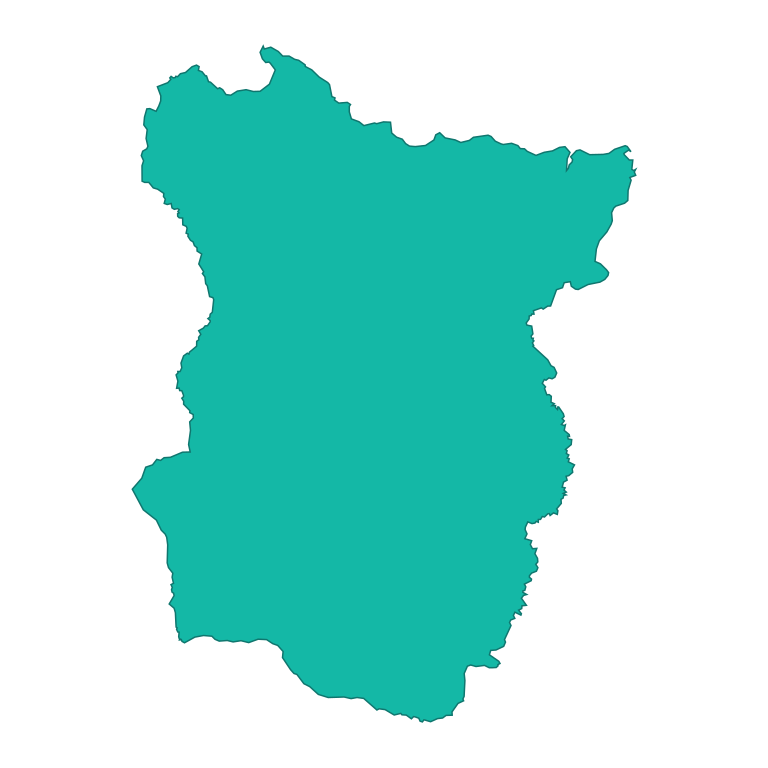 Manggarai Timur, Nusa Tenggara Timur, Indonesia
{"feature_id": "22746128B57997288446056", "entity_name": "Manggarai Timur", "entity_type": "district", "adm_level": 2, "iso_a3": "IDN", "parent_name": "Indonesia", "parent_adm1": "Nusa Tenggara Timur", "projection": "orthographic", "projection_center": [120.695, -8.574], "detail": "fine", "context": "isolated", "style": "filled", "palette": "teal", "viewbox_px": 768, "rotation_deg": 0, "n_neighbors": 0, "source": "geoboundaries", "source_scale": "gbopen_adm2", "svg_char_len": 6079}
<svg xmlns="http://www.w3.org/2000/svg" viewBox="0 0 768 768"><path d="M184.5,642.8L194.9,637.1L203.5,635.5L211.9,636.2L215.0,639.3L219.2,641.1L227.3,640.5L233.1,641.9L241.0,640.7L248.7,642.6L258.1,639.2L266.6,639.6L272.8,643.7L277.7,645.4L283.1,651.5L282.5,657.6L290.6,669.7L294.0,673.5L296.9,674.4L303.9,683.7L309.7,686.6L318.3,694.4L328.2,697.5L344.1,697.0L351.1,698.6L357.0,697.5L363.7,698.4L376.9,710.0L379.1,708.8L385.1,709.6L394.2,715.0L400.8,713.4L401.9,714.8L406.3,715.1L411.4,718.8L413.6,716.6L415.2,716.9L418.8,718.2L420.1,721.2L422.4,721.9L424.0,719.8L430.6,721.7L437.5,718.6L442.6,718.0L446.1,715.4L452.2,715.2L452.0,711.9L458.0,703.4L463.6,700.8L462.9,699.0L464.1,696.4L464.9,680.6L464.2,673.5L467.4,666.2L470.7,665.0L476.0,666.5L484.5,665.4L489.2,667.7L492.6,667.7L496.2,667.5L498.0,665.8L497.9,664.6L500.0,663.5L498.8,661.3L489.4,654.8L490.7,650.4L496.0,650.0L503.7,646.3L505.5,642.1L504.5,639.6L511.0,625.5L509.5,622.5L510.7,620.0L514.8,618.4L513.4,615.5L514.9,612.2L520.9,615.1L521.4,613.7L518.6,610.1L521.7,608.6L522.0,605.8L526.4,605.3L521.4,598.2L523.6,595.4L526.7,594.5L522.8,592.3L523.0,590.8L524.8,590.4L525.8,586.8L524.4,584.1L531.2,580.7L531.5,579.1L529.4,577.3L529.4,575.8L531.6,573.1L536.4,571.2L537.9,567.7L535.8,564.3L537.8,561.9L537.5,558.3L534.9,553.7L536.8,548.4L532.5,548.7L530.3,544.6L531.7,540.7L524.8,538.7L527.0,533.9L525.1,529.6L525.4,527.1L527.8,521.9L532.0,523.6L535.0,523.0L536.2,521.4L538.3,522.2L538.3,519.5L540.5,519.4L542.3,516.5L544.5,517.0L547.8,513.8L549.3,513.6L550.1,515.5L553.5,512.9L557.3,514.4L557.9,510.7L556.6,508.9L561.3,503.4L561.0,499.3L563.1,498.1L563.7,495.4L566.0,494.9L563.2,493.4L566.3,492.1L564.0,490.1L565.1,487.8L562.2,487.2L563.5,482.1L567.1,480.2L566.1,476.3L568.8,475.6L572.7,472.3L572.2,468.9L574.5,464.9L568.3,461.8L569.2,458.8L567.2,458.1L568.8,455.0L566.3,453.5L567.1,450.7L565.5,449.4L571.2,444.6L571.7,439.6L568.2,439.0L567.6,436.2L569.5,436.4L569.2,434.6L564.2,430.4L565.4,424.8L564.1,425.5L561.4,424.5L564.3,420.9L562.1,418.7L564.1,416.5L563.3,413.7L558.7,407.0L557.9,406.9L557.5,409.5L555.4,407.4L555.6,405.6L552.0,405.7L554.3,403.7L551.0,402.2L551.3,396.3L549.2,394.6L546.8,394.8L544.5,388.3L545.5,386.9L542.3,383.3L544.3,379.5L546.0,380.2L548.9,377.9L552.1,378.8L554.9,377.2L556.7,373.0L554.1,367.4L551.0,365.7L547.7,359.8L532.9,346.2L533.7,345.5L532.4,342.9L533.9,340.9L532.9,340.0L533.3,338.3L531.7,338.3L531.1,336.1L532.9,333.9L531.7,326.1L526.9,325.1L526.2,323.0L529.1,319.0L529.2,316.0L531.2,315.5L531.7,314.1L534.0,314.1L533.4,310.7L541.4,307.9L543.2,309.1L547.7,306.1L550.6,306.0L556.5,289.7L562.5,287.7L564.2,282.7L570.3,281.7L571.3,286.2L575.4,289.1L578.2,289.5L588.1,284.5L600.0,282.1L604.8,279.4L608.0,275.5L608.6,272.6L606.5,269.8L600.5,263.9L595.0,261.4L596.4,248.9L599.3,240.8L606.8,232.0L611.2,224.1L612.3,220.7L611.6,212.7L613.8,208.0L615.9,206.1L624.6,203.2L627.8,200.5L628.1,190.4L631.1,180.2L629.8,177.5L635.7,175.3L634.3,172.0L635.6,169.4L633.8,170.5L631.8,169.4L632.8,160.0L629.3,160.0L624.2,154.7L623.9,153.4L628.6,150.1L631.0,151.7L627.2,146.5L625.2,145.7L614.6,149.3L609.0,153.4L603.2,154.4L589.7,154.7L580.0,149.9L576.4,150.7L570.7,156.8L572.6,159.5L572.1,162.0L569.2,164.9L568.4,168.3L566.5,170.6L567.2,158.8L570.0,152.4L565.0,146.7L559.5,147.4L552.5,150.9L544.2,152.3L536.0,155.4L527.3,151.4L524.5,148.8L520.3,148.6L517.9,145.6L511.6,143.3L503.3,144.5L501.1,143.9L495.3,141.2L491.1,136.5L488.1,135.2L473.4,137.3L469.4,140.4L460.8,142.5L455.1,139.9L445.1,137.9L439.7,132.7L435.8,134.8L433.9,140.0L425.5,145.5L415.3,146.6L409.5,146.1L405.6,143.6L402.3,139.2L396.6,137.2L391.7,133.0L390.5,122.2L383.5,121.9L376.7,123.7L374.5,123.0L363.9,125.6L359.1,121.8L351.4,118.9L349.3,111.9L349.3,106.4L350.5,104.5L347.3,102.4L338.8,103.1L334.5,100.1L335.0,97.9L331.9,96.6L329.5,84.6L327.8,82.6L319.2,77.1L311.8,69.9L305.3,66.5L305.1,64.8L298.7,60.3L294.6,59.3L289.1,56.1L282.7,56.1L278.3,51.5L270.8,47.2L264.3,49.0L263.2,46.1L260.1,52.3L262.4,58.8L265.7,62.5L268.9,62.1L270.2,63.1L275.3,69.9L269.4,84.2L260.1,91.3L253.3,91.5L246.1,89.7L237.3,91.1L230.8,95.2L226.0,94.6L222.7,89.7L219.7,87.8L217.6,88.7L210.5,82.2L208.5,81.7L206.5,75.9L205.4,75.9L202.1,71.8L198.4,70.4L199.1,66.6L196.5,65.1L192.1,66.7L185.5,72.5L180.4,73.7L177.6,76.7L175.8,76.3L175.3,77.5L173.2,77.9L171.1,76.4L169.8,77.9L170.8,79.4L167.8,82.7L157.4,86.7L160.8,95.9L160.7,100.9L158.8,106.0L156.1,111.3L149.8,108.6L146.8,108.9L144.5,117.1L143.8,124.9L147.2,129.6L146.1,138.5L147.9,146.3L146.8,148.8L142.7,151.2L141.3,155.6L143.6,160.8L142.0,165.7L142.1,181.2L144.7,182.4L148.8,182.4L153.3,187.9L157.7,189.2L163.8,193.4L163.5,196.6L165.3,199.0L164.2,203.4L167.2,204.5L171.2,203.5L172.0,207.9L174.3,209.3L177.6,208.6L179.2,209.6L177.9,211.6L179.1,212.9L177.6,213.7L177.7,216.3L179.2,217.8L182.6,218.1L182.8,224.8L186.3,226.4L187.1,228.4L186.1,233.2L188.2,234.1L187.9,236.3L190.5,240.3L193.1,241.9L194.4,245.6L197.0,247.7L197.1,251.1L201.7,254.0L198.8,264.0L203.7,271.8L202.4,273.5L204.9,276.8L205.7,283.7L207.3,285.7L209.6,296.6L212.9,297.6L213.7,299.6L212.3,312.3L210.2,314.2L209.8,317.2L207.9,318.6L210.2,320.6L210.2,321.8L207.5,325.7L205.1,325.9L203.4,328.1L198.7,330.7L200.8,334.3L198.6,337.3L198.8,339.8L196.7,341.3L196.6,346.2L189.5,352.1L188.9,354.1L187.3,353.2L183.6,355.9L181.0,363.1L181.8,367.8L180.1,371.5L177.8,371.5L178.0,372.9L176.1,374.9L177.9,381.1L176.6,388.3L179.1,388.1L179.7,390.6L181.8,390.7L183.5,395.2L183.5,396.7L181.8,398.2L183.7,401.2L183.6,404.2L189.9,410.7L189.7,412.6L193.2,414.5L193.3,418.0L189.7,421.9L190.5,430.4L188.6,444.5L190.2,452.0L182.5,452.2L170.4,457.3L164.1,457.7L160.6,460.4L156.8,459.4L152.5,464.9L145.7,467.2L141.8,478.2L132.3,489.2L143.3,509.8L156.4,520.1L161.3,530.2L165.2,534.1L166.7,537.3L167.7,544.9L167.2,562.9L168.5,567.6L172.8,573.2L172.1,577.2L173.5,583.3L171.0,584.6L172.3,587.4L171.5,589.7L172.1,592.2L173.6,593.2L174.1,595.6L169.2,604.0L174.1,608.2L175.4,612.7L176.1,627.1L177.1,627.8L176.6,629.4L177.8,632.0L179.1,632.2L178.7,636.7L179.3,638.9L180.3,639.1L179.7,639.9L181.4,639.8L182.0,641.4L184.5,642.8Z" fill="#14b8a6" stroke="#0f766e" stroke-width="1.5"/></svg>